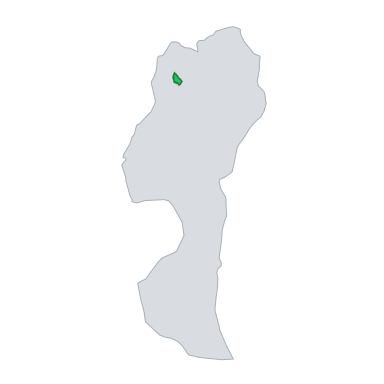 location of Litenes pag., Gulbene, Latvia, rotated 272°
{"feature_id": "27541924B1049309214592", "entity_name": "Litenes pag.", "entity_type": "district", "adm_level": 2, "iso_a3": "LVA", "parent_name": "Latvia", "parent_adm1": "Gulbene", "projection": "natural_earth1", "projection_center": [27.027, 57.173], "detail": "fine", "context": "in_parent", "style": "filled", "palette": "green", "viewbox_px": 384, "rotation_deg": 272, "n_neighbors": 0, "source": "geoboundaries", "source_scale": "gbopen_adm2", "svg_char_len": 3453}
<svg xmlns="http://www.w3.org/2000/svg" viewBox="0 0 384 384"><g transform="rotate(272 192 192)"><path d="M283.9,263.1L281.6,262.8L275.0,261.0L269.4,258.2L266.1,254.5L260.4,249.4L256.6,246.8L250.7,243.6L240.8,237.0L237.2,235.5L219.7,232.6L213.4,231.3L207.6,223.8L205.7,219.5L202.9,218.7L199.7,219.7L196.3,220.5L188.3,225.6L185.8,226.3L180.9,226.4L169.4,227.5L164.2,225.6L155.2,223.6L150.3,223.3L145.9,223.3L126.7,221.4L123.1,223.5L119.5,223.9L116.1,220.6L111.9,219.6L107.1,220.8L98.5,220.9L88.2,219.8L75.2,219.0L73.3,219.4L58.7,223.8L55.1,224.5L39.2,232.0L26.5,239.1L25.4,227.8L26.9,205.3L29.1,194.2L37.9,187.7L42.4,182.7L45.1,176.0L46.1,169.8L47.9,164.6L60.8,149.9L70.6,148.3L84.0,144.3L98.9,140.9L101.7,145.2L103.1,148.5L120.7,160.5L125.1,164.6L131.8,178.4L148.2,185.5L161.4,183.2L167.1,179.8L177.6,173.5L182.4,168.9L183.4,164.5L181.8,145.5L179.1,137.3L180.2,132.2L182.0,132.5L186.5,130.0L201.0,125.5L203.9,125.3L207.2,124.3L216.4,120.9L219.3,122.7L221.8,124.8L223.1,124.8L223.8,124.1L223.6,122.7L224.3,121.8L226.9,122.3L237.4,128.0L241.5,129.3L244.3,129.7L247.6,132.4L256.6,134.2L257.7,135.5L258.4,137.3L266.8,144.5L270.6,148.2L278.2,151.5L281.4,152.3L294.6,148.9L298.3,147.7L301.3,147.7L304.4,149.5L311.5,151.9L317.9,152.6L319.0,152.5L324.4,152.7L326.4,153.6L327.6,158.3L333.8,161.9L339.5,165.0L341.0,166.4L341.5,169.1L341.1,172.2L340.4,173.8L338.0,175.7L335.9,180.5L335.7,185.0L332.4,192.9L333.1,193.0L340.1,191.6L342.0,192.4L343.6,194.2L344.1,199.1L346.4,201.3L348.7,204.8L349.5,207.5L353.9,210.7L354.3,212.8L357.0,220.2L358.1,224.4L358.6,227.7L357.3,231.9L356.1,234.7L354.7,234.6L350.7,235.3L344.5,238.7L335.1,246.7L332.7,248.5L330.3,254.7L329.7,255.3L324.2,255.0L322.7,254.8L317.2,255.0L305.3,253.4L300.7,254.4L294.6,260.6L292.2,261.5L285.2,262.4L283.9,263.1Z" fill="#d9dde1" stroke="#a8b0b8" stroke-width="1"/><path d="M305.5,169.0L305.4,169.2L305.4,169.3L305.2,169.3L305.0,169.5L304.9,169.6L304.8,169.8L304.7,169.8L304.7,169.7L304.5,169.8L304.3,169.9L304.1,169.7L303.9,169.7L303.8,169.8L303.7,169.8L303.5,170.0L303.4,170.0L303.1,170.0L302.9,170.0L302.3,170.1L302.0,170.2L301.7,170.3L301.3,170.4L301.4,170.5L301.2,170.6L301.3,170.7L301.3,170.8L301.3,171.0L301.2,171.0L301.3,171.3L301.2,171.3L300.9,171.3L300.9,171.5L300.9,172.0L300.7,171.9L300.6,172.0L300.8,172.2L300.8,172.3L300.7,172.4L300.8,172.4L300.8,172.5L300.7,172.7L300.8,172.7L300.8,172.8L300.9,173.0L300.9,173.3L300.8,173.5L300.7,173.6L300.5,173.8L300.4,173.8L299.7,174.4L299.4,174.6L299.3,174.9L299.2,175.0L299.0,175.3L298.9,175.3L298.8,175.5L298.7,175.5L298.8,175.6L298.8,175.8L298.9,176.0L299.0,176.0L299.2,176.4L299.2,176.5L299.3,176.5L299.3,176.4L299.4,176.5L299.5,176.4L299.7,176.5L300.3,176.9L300.3,177.0L300.7,177.2L300.9,177.3L301.6,177.8L301.8,177.9L302.1,178.1L302.3,177.9L303.1,177.3L304.3,176.2L304.7,176.0L304.7,175.9L305.1,175.2L305.2,174.9L305.8,174.2L306.0,174.0L306.1,173.9L306.3,173.9L306.6,173.9L306.8,173.8L307.2,173.7L307.5,173.5L307.5,173.4L307.5,173.2L307.9,172.7L308.3,172.4L308.5,172.2L308.8,172.1L308.9,171.9L309.1,171.8L309.3,171.8L309.3,171.7L309.4,171.2L309.6,171.0L309.8,171.0L310.0,170.7L310.4,170.3L308.3,169.6L308.1,169.5L307.8,169.6L307.7,169.5L307.4,169.5L307.4,169.4L307.2,169.4L307.0,169.5L307.0,169.4L306.9,169.4L307.0,169.3L306.9,169.2L306.7,169.2L306.4,169.2L306.2,169.2L305.9,169.2L305.7,169.0L305.7,168.9L305.8,168.9L305.7,168.9L305.6,169.0L305.6,168.9L305.6,169.0L305.5,169.0Z" fill="#22c55e" stroke="#15803d" stroke-width="1.5"/></g></svg>